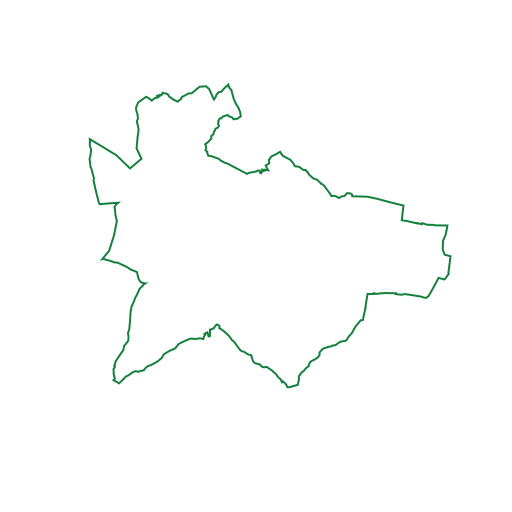 outline of Valea Iasului, Arges, Romania, rotated 195°
{"feature_id": "2599482B81063931292533", "entity_name": "Valea Iasului", "entity_type": "district", "adm_level": 2, "iso_a3": "ROU", "parent_name": "Romania", "parent_adm1": "Arges", "projection": "natural_earth1", "projection_center": [24.709, 45.193], "detail": "fine", "context": "isolated", "style": "outline", "palette": "green", "viewbox_px": 512, "rotation_deg": 195, "n_neighbors": 0, "source": "geoboundaries", "source_scale": "gbopen_adm2", "svg_char_len": 5791}
<svg xmlns="http://www.w3.org/2000/svg" viewBox="0 0 512 512"><g transform="rotate(195 256 256)"><path d="M409.4,374.1L410.3,368.7L409.7,366.3L407.0,361.8L405.6,358.2L405.9,355.1L402.1,347.9L401.1,339.8L400.2,334.8L399.2,329.0L391.8,320.3L399.0,309.9L400.3,308.0L416.9,317.2L446.8,325.9L445.8,322.9L445.5,320.9L444.2,318.1L442.7,316.1L441.9,310.2L441.9,306.5L440.0,302.3L438.9,299.0L437.8,298.2L436.4,295.5L432.8,289.5L432.3,286.6L428.0,278.3L421.8,267.2L420.7,265.9L420.5,265.6L402.9,271.8L404.5,269.4L405.1,267.5L405.3,266.2L404.5,265.1L404.2,264.4L403.8,263.1L402.3,259.1L400.4,255.7L399.4,253.4L398.5,238.9L399.2,223.1L403.6,213.3L402.7,213.8L399.7,213.5L398.0,213.6L397.2,213.7L392.4,213.3L389.8,213.3L388.5,213.8L382.7,212.8L380.4,212.5L378.1,212.0L373.4,210.5L366.8,209.7L365.8,207.7L365.4,206.9L364.8,206.2L364.2,205.0L364.1,204.4L363.7,203.8L362.2,202.3L360.5,200.9L356.6,200.7L355.8,200.9L357.2,199.3L357.7,198.3L357.8,197.7L360.0,194.2L360.6,190.1L361.1,187.2L361.8,184.8L362.2,180.3L362.5,178.3L362.8,176.5L363.2,174.8L362.8,172.0L362.7,169.7L362.2,167.1L362.0,166.0L361.6,164.7L361.0,161.3L360.6,159.9L360.4,159.1L360.4,158.3L360.4,157.5L360.3,156.8L360.0,155.5L359.5,152.8L359.5,152.0L359.6,150.6L359.7,149.7L359.6,148.7L359.7,148.2L359.2,147.3L358.6,146.0L358.2,144.7L357.9,143.5L357.7,142.4L357.5,141.7L357.7,140.5L358.2,139.2L358.6,138.3L359.2,136.9L360.1,135.1L359.8,130.9L361.3,126.7L364.4,117.8L364.3,117.2L364.2,116.6L364.2,115.8L364.2,115.0L364.2,114.2L364.5,113.8L364.5,113.2L363.8,112.6L363.6,112.2L363.8,111.3L364.0,110.9L364.3,110.3L364.3,109.8L364.1,108.9L363.8,108.3L363.5,107.2L363.2,106.5L363.0,106.0L363.0,105.1L362.8,104.7L362.2,104.0L362.0,103.3L361.8,102.9L361.1,102.0L360.7,101.6L360.6,101.1L360.7,100.4L360.9,100.0L361.2,99.7L361.5,99.2L355.3,97.6L354.1,99.5L351.5,104.0L350.2,106.3L348.6,107.4L344.6,112.2L342.2,113.7L339.7,113.6L337.8,115.1L334.7,116.6L334.2,118.3L332.7,120.9L331.4,122.0L328.6,124.0L325.7,126.8L323.7,128.8L321.1,132.4L320.2,134.6L319.8,137.0L317.3,139.6L314.8,142.2L310.9,145.1L309.8,146.6L307.9,151.1L305.4,153.3L300.7,157.2L297.7,159.3L297.3,159.5L293.1,160.1L290.7,161.2L289.6,161.7L287.9,162.1L285.4,162.2L285.5,164.4L285.2,165.6L284.7,166.8L285.6,167.5L283.2,169.6L281.0,166.1L279.8,166.6L280.9,171.2L281.4,172.9L278.0,175.2L277.9,176.2L276.4,179.4L275.9,179.8L273.5,179.2L272.9,178.4L272.8,176.8L269.7,175.9L266.7,174.6L260.9,171.5L257.6,168.7L254.8,167.4L250.9,164.2L247.8,161.7L246.3,160.8L244.6,160.3L242.9,160.4L237.9,158.8L235.1,159.0L235.0,158.8L234.5,158.4L234.5,158.0L231.4,153.4L229.3,152.3L229.2,152.2L226.0,152.2L224.3,152.3L223.1,151.3L220.8,150.4L218.4,150.9L217.1,151.7L210.8,149.5L209.0,148.4L208.0,148.1L205.5,146.7L203.8,145.1L203.0,144.6L200.4,143.3L199.6,142.5L198.2,140.8L197.6,141.9L194.9,140.5L193.1,139.2L191.8,137.4L189.5,138.0L182.3,142.4L182.6,148.0L182.7,148.7L183.1,149.3L183.4,150.5L183.4,151.3L182.7,152.7L182.5,153.8L181.6,155.6L180.0,157.4L179.8,158.2L179.6,158.7L178.5,160.8L178.0,161.6L177.1,162.4L176.6,163.3L176.7,165.7L176.2,167.4L175.1,169.0L173.0,170.8L172.3,171.4L171.9,171.8L171.7,172.1L170.3,173.6L168.9,176.7L169.7,179.2L167.7,183.3L166.0,184.8L164.9,185.3L163.8,186.1L163.0,186.7L159.7,188.4L158.9,189.4L157.7,189.7L156.2,190.5L152.9,194.5L149.5,196.5L148.0,196.8L146.8,198.3L145.5,202.4L143.6,205.8L142.7,209.5L141.8,213.2L138.2,221.0L136.2,221.7L136.7,230.7L136.7,231.6L136.9,232.7L136.9,232.9L136.8,233.0L136.7,233.2L136.6,233.3L136.8,234.2L136.9,235.0L137.1,235.0L138.4,248.2L132.3,249.8L132.5,250.5L131.6,250.7L130.4,250.4L128.8,250.9L127.6,251.6L124.6,252.6L122.2,253.5L116.9,254.8L111.1,256.2L111.1,255.4L106.0,256.1L104.0,256.8L102.7,257.7L92.5,258.9L89.9,259.1L86.4,259.5L82.6,259.3L80.9,259.6L78.9,261.9L76.5,271.4L75.4,275.9L74.0,282.1L67.8,282.1L66.9,284.3L65.2,288.7L65.8,289.5L67.0,298.6L68.1,306.1L74.0,306.1L77.2,310.3L79.3,319.0L78.3,326.0L79.0,335.0L90.3,332.1L92.7,332.0L98.5,330.5L104.1,330.7L104.2,329.5L104.5,329.5L108.1,329.6L108.7,329.5L108.6,329.2L109.7,329.2L110.7,329.1L112.6,329.1L114.3,329.0L118.2,328.9L124.5,328.3L126.6,342.9L138.9,342.6L148.2,342.6L150.7,342.6L154.3,342.6L163.8,342.1L178.5,338.6L179.2,340.2L180.5,340.8L182.5,340.7L184.3,340.3L186.1,336.8L188.9,335.6L191.0,333.4L193.7,334.3L196.3,334.3L198.7,333.4L200.0,334.8L208.1,341.3L210.2,342.4L212.1,342.7L213.3,343.7L215.3,344.6L216.7,345.5L220.7,345.8L225.4,348.1L227.4,349.6L227.8,350.5L229.6,351.1L230.4,352.0L232.3,351.3L237.1,353.2L238.9,353.3L239.8,352.9L241.7,352.8L243.8,355.1L247.7,357.8L255.9,359.7L256.9,360.6L257.5,360.8L259.7,362.9L262.5,359.9L267.1,356.0L267.7,353.7L268.5,352.2L268.0,350.9L267.3,349.7L267.4,348.6L270.1,346.0L266.4,341.9L269.8,341.6L269.7,341.0L271.9,341.1L271.2,340.1L272.5,340.0L272.1,338.9L272.6,337.2L273.9,337.5L274.0,338.7L275.1,339.4L277.0,338.6L277.3,338.0L278.2,337.4L284.7,334.3L285.8,333.0L308.0,338.0L310.6,338.0L312.9,338.7L315.2,339.1L316.3,340.0L317.6,340.3L324.8,340.9L328.1,340.5L329.8,343.0L330.0,344.1L332.2,345.1L332.3,348.6L334.1,350.8L332.2,353.0L329.5,357.7L330.3,360.2L328.7,362.5L328.8,365.1L328.1,366.7L328.1,368.4L326.0,370.2L325.5,372.3L327.0,373.9L326.7,375.4L327.3,376.3L326.7,379.4L325.4,379.8L324.1,382.1L319.9,384.9L318.2,383.9L314.7,383.6L313.0,382.2L311.5,383.1L309.8,383.5L306.8,387.0L308.6,390.9L311.6,395.0L313.3,396.3L315.2,398.3L318.2,402.0L322.8,410.0L325.4,411.7L327.1,414.4L330.1,409.7L332.1,405.7L334.1,404.9L335.9,402.1L336.0,399.6L337.1,396.3L339.1,398.6L344.4,405.1L348.2,407.0L354.3,404.9L360.3,396.4L362.9,395.8L367.8,391.2L369.0,390.1L368.9,388.6L371.6,384.8L376.6,385.8L381.3,387.7L383.1,389.4L385.3,389.7L386.7,389.3L388.4,389.6L388.7,387.4L391.4,386.2L393.7,384.6L390.8,385.1L392.0,383.6L394.6,382.3L396.9,379.1L400.3,380.6L403.3,381.4L409.4,374.1Z" fill="none" stroke="#15803d" stroke-width="2"/></g></svg>